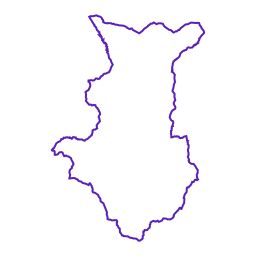 the district of Dagua, Valle del Cauca, Colombia
{"feature_id": "7082276B1809548619611", "entity_name": "Dagua", "entity_type": "district", "adm_level": 2, "iso_a3": "COL", "parent_name": "Colombia", "parent_adm1": "Valle del Cauca", "projection": "mercator", "projection_center": [-76.728, 3.651], "detail": "fine", "context": "isolated", "style": "outline", "palette": "violet", "viewbox_px": 256, "rotation_deg": 0, "n_neighbors": 0, "source": "geoboundaries", "source_scale": "gbopen_adm2", "svg_char_len": 5750}
<svg xmlns="http://www.w3.org/2000/svg" viewBox="0 0 256 256"><path d="M89.2,16.8L93.8,24.3L94.3,24.6L94.6,25.2L94.4,25.9L95.9,27.1L97.0,30.1L98.2,31.1L98.4,31.8L99.4,32.1L99.3,33.9L100.0,34.3L100.2,35.3L100.9,35.6L100.6,36.2L100.0,36.0L100.6,36.7L101.7,37.1L101.7,38.4L102.4,39.6L102.2,40.2L102.6,40.3L103.4,39.7L103.2,41.7L103.9,42.3L104.2,43.2L104.8,43.4L105.1,42.8L106.0,43.5L106.2,44.9L106.4,44.9L106.2,45.5L106.7,46.2L106.4,46.5L107.2,46.8L106.8,48.1L107.0,48.0L107.6,49.0L107.2,49.4L107.5,50.1L106.8,50.5L107.9,51.4L107.6,51.9L107.2,52.1L107.1,52.5L108.3,54.0L109.1,58.2L110.7,59.9L111.0,61.3L112.7,64.6L112.0,66.0L111.5,66.4L110.1,70.4L109.6,70.8L109.5,71.5L108.9,72.3L107.5,72.7L105.7,73.7L104.6,73.7L103.6,74.1L102.5,75.7L101.4,76.0L100.9,76.8L100.4,77.0L99.7,78.6L98.1,79.1L96.9,78.4L95.9,78.5L94.0,80.4L92.4,80.5L91.4,80.1L88.5,80.5L88.5,81.8L89.5,82.3L90.0,83.5L90.3,85.5L90.2,86.4L88.4,90.2L87.4,90.6L85.5,92.1L86.1,94.2L85.8,97.0L86.5,98.8L85.9,101.0L89.2,104.7L90.9,104.6L91.4,104.8L92.0,105.5L93.7,104.9L95.4,105.2L95.6,106.1L96.6,107.6L97.5,108.0L97.7,109.0L98.7,110.0L98.8,111.1L99.8,112.3L100.1,114.3L99.0,115.8L98.6,117.0L99.4,118.5L99.4,119.5L100.0,121.2L97.9,123.5L96.6,125.4L97.0,126.9L96.8,127.8L97.1,128.4L95.0,129.6L93.8,129.6L92.5,130.5L92.6,132.1L91.7,135.3L90.9,135.6L90.2,136.6L89.0,137.4L87.6,138.9L85.2,139.9L84.7,140.7L83.3,140.4L82.2,139.5L77.9,139.4L77.8,139.0L76.5,138.9L75.8,138.3L75.8,137.5L75.0,137.5L74.1,137.1L73.1,137.1L73.0,137.6L72.3,138.0L71.8,138.8L71.4,138.6L70.9,138.0L70.3,138.0L69.8,137.4L69.3,137.8L68.9,137.5L68.2,137.7L67.2,137.2L65.6,137.5L65.2,137.9L63.6,137.7L63.1,138.8L61.2,139.2L61.2,139.8L60.0,141.3L57.8,142.2L56.3,143.4L54.0,148.1L52.7,148.7L51.9,150.2L52.3,150.7L53.6,150.6L54.3,150.9L54.7,151.7L54.7,154.7L55.6,154.9L57.3,154.5L58.0,154.2L58.5,153.3L59.4,152.4L61.6,152.1L62.5,152.6L64.1,156.1L64.9,156.2L65.6,155.6L66.3,155.6L67.2,156.3L68.6,156.5L71.0,158.2L71.4,159.7L73.3,163.1L73.2,163.7L73.5,164.1L72.7,165.7L71.8,166.6L72.0,167.9L70.0,169.8L69.5,171.3L69.5,173.2L70.2,174.6L69.7,177.2L69.4,177.6L69.4,178.5L73.6,178.0L75.3,178.3L75.8,178.8L77.8,179.6L78.2,180.6L79.2,181.2L81.1,181.5L82.5,182.9L86.0,183.8L88.6,185.1L89.5,183.4L89.8,183.2L90.1,183.4L91.7,186.0L92.0,187.4L92.4,187.9L92.8,189.8L92.4,190.9L92.9,192.2L93.6,192.6L94.7,192.6L98.2,195.0L98.7,196.5L100.3,198.6L100.4,200.3L100.8,201.5L103.4,203.3L107.0,212.4L106.7,214.4L107.6,217.3L107.5,219.0L108.4,219.5L110.5,219.7L111.9,220.4L116.4,220.1L117.2,221.2L117.2,222.1L116.7,222.7L116.9,223.8L116.8,225.0L117.9,225.9L118.6,227.8L119.7,228.5L120.0,232.4L121.1,233.6L122.0,235.4L123.0,235.4L123.5,236.1L128.0,236.4L129.5,237.5L130.5,237.8L131.7,237.9L133.6,238.5L136.1,238.6L137.7,239.7L138.3,240.6L140.0,240.6L142.7,238.6L142.7,236.0L143.7,235.0L143.4,233.7L143.3,231.6L144.1,231.5L144.6,230.0L145.8,230.2L147.2,230.0L148.5,228.4L149.6,227.7L149.9,226.3L149.8,224.8L150.4,224.1L150.4,223.1L151.0,222.1L153.2,220.9L155.7,221.6L157.7,220.7L158.8,221.9L161.9,220.6L163.3,218.4L166.4,218.7L167.4,219.3L170.5,219.3L172.8,217.9L173.5,217.0L173.5,216.2L173.9,215.9L173.9,214.9L174.6,213.8L178.4,209.9L179.5,208.0L180.1,207.8L180.7,208.7L181.5,208.9L182.9,205.3L184.1,203.0L184.4,198.8L184.3,198.3L183.7,198.0L184.7,194.5L186.6,192.0L186.8,188.0L187.4,187.3L188.6,187.4L189.3,186.3L190.3,185.6L191.8,183.2L192.2,181.9L193.1,182.0L193.8,181.8L194.9,179.9L195.8,179.7L197.1,180.2L198.0,179.4L197.1,177.7L196.8,175.3L196.8,174.3L197.5,173.6L197.8,170.1L196.8,168.9L195.1,165.8L193.6,164.0L191.3,163.8L189.1,162.2L189.0,161.1L188.7,160.7L189.1,160.3L189.1,159.9L187.8,156.6L188.5,155.3L188.5,152.7L188.1,151.7L187.9,149.7L188.5,148.2L188.7,145.2L187.7,144.1L187.9,143.0L187.5,142.0L188.0,140.9L187.1,140.5L186.3,136.1L184.0,136.6L182.4,137.9L181.8,137.8L180.4,138.2L179.5,137.8L178.6,136.5L177.4,136.5L176.7,136.2L175.9,136.6L174.6,136.3L172.7,137.2L171.3,137.3L171.3,134.9L170.9,133.4L171.2,132.3L170.9,130.9L171.7,130.2L171.6,128.8L171.9,128.1L171.7,127.1L171.9,126.4L172.9,126.1L172.7,125.6L172.7,124.7L173.4,122.7L172.9,121.1L172.1,120.9L171.0,120.0L169.7,117.4L170.5,113.9L171.1,113.1L171.5,111.8L172.6,110.3L175.0,108.9L175.4,107.9L175.3,106.8L174.1,104.7L173.7,103.0L174.5,101.2L175.3,100.3L174.4,96.9L174.6,93.9L172.5,91.1L172.8,89.5L173.3,88.5L173.9,84.7L175.1,81.5L174.7,80.7L174.4,77.4L174.8,74.7L173.1,72.4L171.8,71.8L172.2,70.9L172.0,69.9L172.4,69.8L172.2,69.4L172.4,68.4L172.1,67.9L172.1,67.2L172.8,65.1L172.7,63.9L173.4,62.0L173.4,61.5L174.2,61.1L174.7,60.1L175.5,60.0L176.1,59.2L176.7,59.1L177.0,58.5L178.4,57.7L179.7,56.0L180.5,53.1L181.1,52.8L182.7,51.2L183.8,50.6L184.3,50.7L185.0,50.1L186.1,50.0L186.9,49.0L187.3,47.9L188.1,47.4L189.0,47.4L189.9,47.8L192.2,47.5L192.7,46.7L193.5,46.4L193.7,45.4L194.5,44.8L195.1,45.2L195.6,45.0L196.2,44.4L196.3,43.9L196.6,44.0L197.1,43.4L197.5,43.4L197.8,42.6L198.3,42.6L198.3,41.5L199.4,39.7L199.1,38.6L200.3,37.6L200.5,36.8L204.1,32.9L204.1,32.5L203.5,30.4L202.5,29.5L201.3,27.7L201.2,26.9L199.8,25.3L199.1,23.0L198.4,22.8L196.1,23.0L191.1,22.6L187.5,24.3L185.6,24.4L180.3,28.5L180.0,29.2L179.2,30.0L178.5,29.9L176.8,31.4L175.5,31.4L173.9,32.5L172.7,32.0L172.1,31.1L171.4,30.8L170.7,30.0L169.1,29.8L164.5,26.5L163.4,25.0L163.0,23.9L162.6,23.7L160.6,23.3L158.0,23.4L156.7,24.2L153.7,22.5L152.1,23.7L150.6,23.7L149.3,25.0L148.1,25.6L147.7,26.5L144.5,28.6L142.2,31.1L139.2,33.3L132.8,29.9L132.0,28.5L131.0,28.5L129.9,29.2L127.2,27.9L126.7,27.2L125.6,26.6L123.5,25.7L118.9,25.3L116.9,24.7L115.2,24.7L113.7,23.8L112.1,23.9L111.5,23.3L107.6,23.1L107.2,23.4L104.4,22.8L103.3,22.2L103.1,21.7L103.4,21.2L102.9,20.4L102.9,19.8L102.0,19.0L101.9,18.2L101.3,17.5L100.0,16.6L97.5,16.0L96.8,15.4L96.1,15.4L93.2,16.2L90.3,16.2L89.2,16.8Z" fill="none" stroke="#5b21b6" stroke-width="2"/></svg>